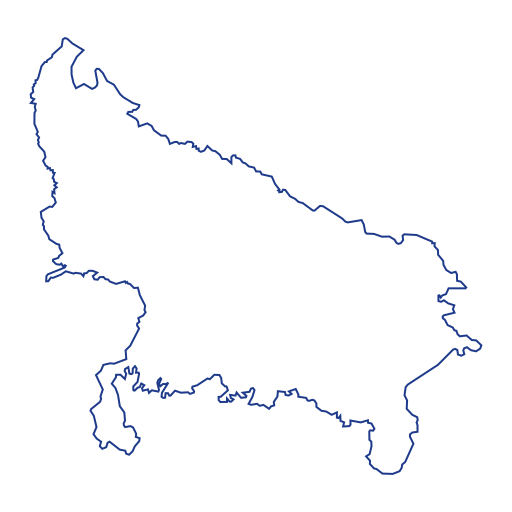 the border of Uttar Pradesh
{"feature_id": "IND-3253", "entity_name": "Uttar Pradesh", "entity_type": "State", "adm_level": 1, "iso_a3": "IND", "parent_name": "India", "parent_adm1": "", "projection": "orthographic", "projection_center": [80.221, 27.157], "detail": "fine", "context": "isolated", "style": "outline", "palette": "blue", "viewbox_px": 512, "rotation_deg": 0, "n_neighbors": 0, "source": "natural_earth", "source_scale": "10m", "svg_char_len": 5960}
<svg xmlns="http://www.w3.org/2000/svg" viewBox="0 0 512 512"><path d="M361.6,220.1L363.8,224.5L365.2,232.0L366.6,233.6L374.0,233.9L382.0,236.7L389.3,236.5L394.6,239.7L396.4,242.8L398.4,243.9L400.9,243.1L403.1,240.1L402.6,235.6L404.4,234.3L416.6,235.0L432.1,241.6L432.2,243.3L434.7,243.1L434.5,246.3L438.0,250.1L438.1,254.7L443.2,260.9L443.5,264.9L446.3,270.0L451.1,273.0L455.6,271.8L456.9,274.3L457.1,280.8L460.8,281.6L466.2,287.4L465.6,288.3L448.6,288.3L446.0,294.1L442.2,295.5L440.7,297.6L439.4,295.3L438.4,295.6L438.5,301.1L441.1,301.8L443.9,300.3L448.2,303.4L454.3,305.3L452.9,309.2L454.5,312.7L443.9,315.3L442.7,316.4L442.8,318.2L444.9,319.8L447.6,325.1L452.8,327.5L454.4,330.3L456.3,330.7L457.6,334.2L459.8,336.3L466.6,335.5L471.7,340.0L476.2,340.4L481.3,345.3L480.2,348.6L476.1,351.3L470.9,350.2L466.9,347.2L464.1,348.4L463.3,350.4L464.3,354.2L461.3,355.7L458.0,354.5L457.3,350.0L455.2,348.9L453.1,349.6L438.0,364.8L407.9,384.5L405.7,387.1L404.5,395.2L407.1,400.5L406.7,408.8L412.3,414.8L417.2,417.2L417.7,420.1L416.6,422.5L417.5,425.1L417.5,431.8L412.3,432.5L410.0,434.4L410.0,436.8L413.4,443.7L405.2,462.0L402.2,464.5L401.7,467.8L399.6,471.2L392.8,473.9L382.5,473.6L376.5,469.0L374.1,468.5L369.9,464.0L370.0,460.7L366.1,456.4L369.6,454.1L371.5,446.3L371.3,441.6L369.4,439.8L369.3,431.4L370.3,430.3L373.1,430.7L374.4,428.8L371.5,423.5L368.1,422.8L367.9,420.3L360.7,422.4L350.4,420.5L350.5,424.6L349.4,426.1L343.1,426.5L344.1,422.3L340.5,420.9L340.3,415.8L338.5,418.0L336.9,417.7L336.9,412.4L331.7,414.8L326.2,411.5L321.5,410.8L316.4,406.9L316.4,403.5L314.4,400.4L312.3,399.8L309.0,400.9L307.4,400.3L306.2,397.9L298.3,396.7L298.4,394.5L295.7,389.0L288.9,391.4L291.6,393.9L288.6,395.5L285.6,395.0L285.0,392.0L277.9,391.2L277.4,396.6L273.8,401.9L274.2,405.4L271.1,406.3L269.1,408.8L263.4,404.9L259.7,405.8L257.1,403.8L251.2,404.8L248.6,403.9L252.4,396.9L254.5,390.1L253.0,388.1L251.0,388.6L249.5,391.8L242.8,392.7L246.4,395.8L245.9,397.3L241.1,397.8L236.6,392.5L235.5,395.6L230.1,394.9L230.8,397.9L233.5,399.4L231.3,401.6L229.7,401.6L227.0,398.5L227.0,401.9L220.3,402.0L218.7,400.1L218.6,396.9L220.7,396.8L227.9,390.3L226.5,386.4L225.1,386.4L221.8,383.4L221.2,378.0L219.4,375.0L214.3,374.8L209.8,379.2L207.5,378.5L197.1,385.3L192.5,386.6L192.1,388.2L194.1,391.3L193.9,392.5L190.1,393.9L188.0,392.3L180.8,392.7L175.0,390.7L170.5,395.6L169.2,395.6L168.0,393.2L165.6,393.2L165.1,397.7L163.1,397.9L161.5,396.7L162.0,392.7L168.3,382.7L165.6,384.2L163.2,383.9L160.3,386.2L159.0,383.8L161.2,379.1L160.4,378.1L158.2,380.2L157.3,382.7L159.0,389.9L158.3,391.6L151.8,390.3L149.0,392.9L148.0,389.4L142.8,390.7L142.0,388.1L144.3,385.2L141.3,383.5L139.7,387.1L137.6,387.7L134.7,390.6L133.4,390.3L133.3,386.4L137.5,382.0L139.1,373.8L138.7,372.7L136.0,372.7L136.6,368.5L135.0,366.2L132.8,368.6L132.6,373.2L131.5,374.1L129.4,373.6L128.3,367.1L125.0,369.1L124.7,371.2L126.2,373.7L124.9,379.0L120.4,374.7L116.1,374.8L115.9,377.3L111.8,383.7L115.4,387.9L118.0,394.9L119.8,406.2L124.3,412.4L125.0,420.7L123.7,423.4L123.9,425.4L125.1,427.1L130.5,426.1L133.1,427.5L136.2,433.8L135.8,436.9L139.6,438.2L139.2,441.2L134.8,446.3L132.6,451.3L129.1,454.7L126.2,453.7L125.3,450.7L119.7,449.6L109.6,441.7L107.6,442.8L106.2,447.2L102.3,448.8L99.8,446.2L101.1,441.7L96.7,438.6L93.5,434.2L96.5,427.1L93.8,415.7L90.5,410.8L91.2,409.0L100.1,401.8L101.1,398.9L100.5,396.4L102.8,389.5L96.0,375.1L100.9,370.7L103.4,364.9L110.2,363.3L114.1,363.7L126.3,359.1L125.6,350.3L130.2,345.8L139.1,328.5L137.1,325.5L137.2,323.6L139.4,321.9L138.3,318.1L143.2,315.5L145.6,312.2L144.5,310.1L145.1,305.6L139.8,295.1L137.9,287.7L134.0,288.0L129.9,283.9L128.0,283.6L127.1,282.0L125.8,282.9L125.0,281.3L116.1,283.9L110.0,281.6L108.1,279.5L105.5,279.2L103.5,277.0L99.6,277.2L97.7,279.7L94.4,279.3L92.8,276.2L97.2,272.6L92.6,270.8L88.9,270.8L86.5,273.2L84.2,273.3L83.4,276.2L81.1,273.6L75.3,272.8L73.7,273.6L65.8,271.3L61.0,274.6L53.1,277.8L50.8,277.6L48.3,281.2L46.2,281.3L46.4,276.2L47.9,274.3L64.6,267.6L65.8,265.8L64.8,265.2L63.1,266.4L61.3,263.6L59.8,264.7L56.3,264.2L53.0,261.2L53.1,259.6L58.3,257.9L59.1,255.9L62.4,253.2L59.7,248.0L59.2,244.6L56.5,243.9L49.3,239.2L48.3,235.6L44.0,229.4L44.0,226.2L42.8,224.9L43.7,221.3L41.5,217.8L40.8,211.9L49.5,206.6L52.2,206.9L55.8,202.6L54.4,198.0L52.3,196.2L52.5,191.8L54.5,193.1L54.1,189.2L56.7,187.3L54.3,185.3L56.8,183.1L54.0,181.6L53.9,179.3L52.6,178.1L54.6,172.9L52.9,172.7L52.8,170.1L50.5,170.3L49.9,168.0L47.6,168.6L47.6,166.7L45.7,165.7L43.1,160.8L45.5,157.1L44.2,151.6L39.3,146.3L38.1,143.7L38.8,142.3L37.9,140.0L39.1,137.5L36.5,134.2L37.8,131.9L34.4,123.8L34.5,112.8L35.7,110.6L34.8,106.7L35.7,103.8L30.9,103.0L34.2,99.1L31.1,97.7L30.7,94.2L33.2,92.0L32.6,87.4L34.2,85.8L33.8,84.4L35.7,83.1L35.5,80.3L37.2,79.9L38.3,77.7L41.5,66.2L44.8,62.1L46.7,62.0L47.1,60.4L51.8,57.3L52.5,54.6L61.7,46.4L62.8,39.4L64.8,38.1L67.2,38.7L72.3,43.4L83.5,50.2L76.9,56.6L71.5,66.8L71.6,74.7L73.4,82.7L76.0,88.2L84.0,84.0L92.1,88.9L95.0,87.5L97.0,85.4L97.5,82.7L95.3,70.7L96.6,68.9L98.9,68.9L102.9,73.1L107.1,81.0L113.9,84.7L120.2,94.3L123.3,97.2L132.8,103.0L139.4,105.1L138.7,107.4L135.9,109.9L133.3,109.9L132.1,111.9L128.3,111.9L127.3,113.8L136.2,119.0L138.0,121.6L138.8,126.4L147.2,123.4L151.6,125.9L153.9,130.2L161.2,135.6L165.6,135.7L168.3,139.0L169.9,143.9L174.7,142.0L177.1,141.9L179.1,143.9L181.0,143.0L184.9,143.9L187.5,141.6L191.6,142.1L193.3,143.6L192.8,146.9L196.0,146.1L196.5,149.0L198.6,148.5L198.8,150.8L201.0,151.8L204.3,150.5L207.4,146.0L212.2,150.5L215.4,151.2L219.8,154.8L222.1,158.9L226.7,159.0L231.4,163.3L231.4,157.0L233.1,155.4L235.4,155.4L235.9,157.6L240.1,158.9L242.7,162.4L245.5,163.4L248.8,166.4L254.1,167.6L256.1,171.4L260.3,171.6L261.7,174.3L271.8,176.6L275.1,184.0L279.4,189.6L278.2,190.5L279.6,191.3L279.4,192.2L281.9,191.9L283.0,189.7L285.3,190.0L290.0,196.3L295.2,198.9L298.4,201.9L302.8,203.1L312.8,210.5L314.5,210.6L319.9,206.0L323.0,206.2L342.2,218.5L345.5,221.7L347.8,222.4L361.6,220.1Z" fill="none" stroke="#1e3a8a" stroke-width="2"/></svg>